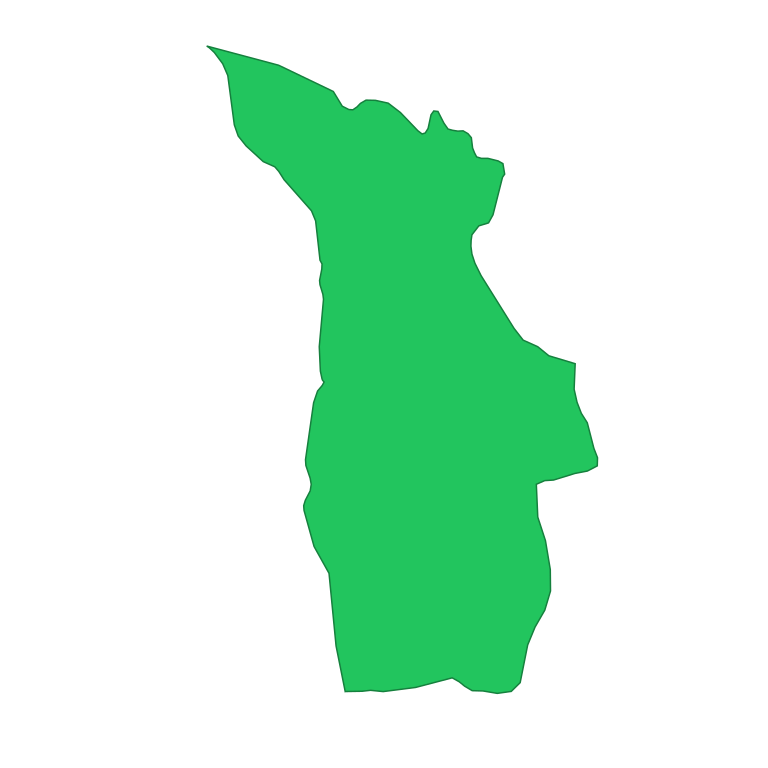 map outline of Abyan (Natural Earth projection), rotated 98°
{"feature_id": "YEM-3511", "entity_name": "Abyan", "entity_type": "Governorate", "adm_level": 1, "iso_a3": "YEM", "parent_name": "Yemen", "parent_adm1": "", "projection": "natural_earth1", "projection_center": [46.013, 13.619], "detail": "fine", "context": "isolated", "style": "filled", "palette": "green", "viewbox_px": 768, "rotation_deg": 98, "n_neighbors": 0, "source": "natural_earth", "source_scale": "10m", "svg_char_len": 1629}
<svg xmlns="http://www.w3.org/2000/svg" viewBox="0 0 768 768"><g transform="rotate(98 384 384)"><path d="M694.0,379.6L650.1,395.0L579.1,412.1L554.7,430.6L520.3,445.6L515.6,446.6L510.0,445.7L500.1,442.2L493.5,442.1L487.6,444.0L475.6,450.0L469.9,451.2L412.3,451.1L400.2,448.8L394.1,445.0L390.4,443.6L388.8,445.4L387.5,446.1L380.1,448.8L356.1,453.3L308.5,455.7L303.7,457.0L294.6,461.2L290.5,462.2L278.8,461.6L273.7,462.1L270.3,464.6L232.0,474.4L222.6,479.9L195.7,511.3L188.1,517.8L184.1,522.4L180.6,534.5L167.4,553.7L158.7,562.9L148.2,568.3L100.3,581.6L89.3,588.3L79.3,598.2L75.4,603.7L74.0,606.6L83.0,532.7L101.4,474.9L114.7,464.0L117.1,457.0L116.8,453.0L113.4,449.3L109.4,446.4L105.4,441.3L104.3,432.0L105.3,418.9L112.9,405.5L128.5,385.7L131.1,381.1L129.7,378.1L124.8,375.9L110.8,374.9L106.7,372.7L106.6,368.5L117.3,361.0L122.6,356.1L123.2,351.5L123.3,346.1L122.3,340.9L124.4,335.7L127.9,331.8L138.0,329.1L142.4,326.6L146.2,323.9L147.0,319.0L146.1,312.4L147.2,302.0L149.2,296.9L159.4,293.7L162.7,295.4L201.3,299.6L209.9,302.9L214.2,312.1L224.0,317.7L229.7,317.7L235.4,317.1L243.1,315.0L251.7,310.8L263.1,303.0L310.9,262.9L321.2,252.3L325.7,236.9L333.1,224.7L337.3,197.5L362.7,195.0L375.2,190.3L385.6,184.5L394.1,177.3L418.5,167.2L427.3,162.3L435.4,161.4L441.9,170.5L446.0,182.5L455.5,202.7L457.3,211.4L462.1,219.2L494.4,213.2L516.7,202.3L544.6,193.5L565.8,190.3L585.6,193.3L603.7,200.6L622.4,205.4L660.8,207.6L670.7,215.2L674.6,228.8L674.2,243.3L675.4,254.0L672.0,262.1L668.4,268.1L665.5,275.6L680.1,310.5L688.7,342.0L689.2,354.7L691.3,362.9L693.9,379.4L694.0,379.6Z" fill="#22c55e" stroke="#15803d" stroke-width="1.5"/></g></svg>